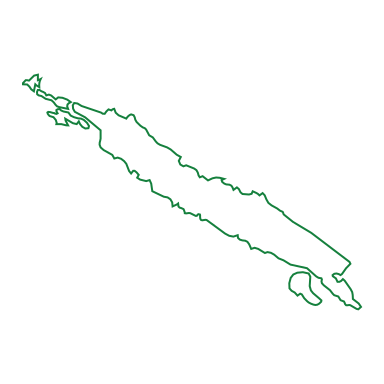 Isabel, orthographic projection
{"feature_id": "SLB-1264", "entity_name": "Isabel", "entity_type": "Province", "adm_level": 1, "iso_a3": "SLB", "parent_name": "Solomon Islands", "parent_adm1": "", "projection": "orthographic", "projection_center": [158.985, -7.976], "detail": "fine", "context": "isolated", "style": "outline", "palette": "green", "viewbox_px": 384, "rotation_deg": 0, "n_neighbors": 0, "source": "natural_earth", "source_scale": "10m", "svg_char_len": 3915}
<svg xmlns="http://www.w3.org/2000/svg" viewBox="0 0 384 384"><path d="M352.9,299.0L358.7,303.5L361.0,306.9L358.3,309.3L356.6,308.9L350.3,305.2L349.3,305.0L347.0,305.3L346.1,305.2L345.1,304.1L344.6,302.7L344.0,301.5L340.6,300.2L338.3,296.5L334.2,295.2L332.8,293.8L330.0,290.2L323.8,285.3L321.9,283.2L321.5,281.3L321.9,279.5L321.4,278.3L318.5,277.8L316.2,276.4L307.0,268.2L290.5,264.6L283.5,260.3L278.5,258.3L274.1,254.6L270.9,252.8L267.5,252.1L264.9,253.0L258.2,248.9L254.6,247.8L251.2,248.9L249.2,244.3L247.4,241.8L245.2,240.7L242.4,240.4L239.8,239.6L238.0,237.9L237.7,235.2L233.4,236.6L229.2,235.8L225.1,233.6L206.6,220.0L205.4,219.8L202.3,220.3L201.1,220.0L200.3,218.8L200.1,217.0L200.1,215.3L199.9,214.5L198.3,214.2L197.5,214.9L196.8,215.8L195.7,215.9L190.3,213.2L189.0,213.0L186.1,213.4L184.8,213.2L184.8,212.6L183.9,209.9L183.5,209.1L181.3,208.1L179.6,207.6L178.5,206.5L178.1,203.5L176.8,204.5L172.6,206.4L172.2,202.4L170.4,199.3L167.6,197.4L163.8,196.7L152.3,191.2L151.2,183.6L149.6,180.1L146.2,181.1L140.1,179.6L137.2,177.7L138.7,174.9L136.6,172.4L134.6,170.8L133.2,170.8L131.1,173.5L129.1,171.0L126.3,163.8L124.1,161.1L121.1,158.8L117.7,157.6L114.3,158.5L112.3,154.9L103.7,150.1L100.6,147.4L99.6,144.7L99.7,142.6L100.2,140.7L100.6,138.6L100.6,130.3L85.1,117.3L74.8,111.8L73.1,108.7L72.8,105.3L74.2,103.0L77.5,103.5L81.6,106.0L101.1,112.6L102.7,113.7L104.7,113.8L106.4,111.4L108.5,109.4L111.4,110.4L112.1,109.7L112.7,109.3L113.3,109.0L114.2,108.8L115.7,112.7L118.6,115.3L126.3,118.6L127.1,117.4L128.4,116.0L129.9,114.9L131.1,114.4L133.6,115.2L134.7,117.3L135.3,119.7L136.6,122.0L140.4,125.7L142.8,127.4L144.8,128.2L146.1,129.5L149.2,135.3L152.8,137.4L155.8,141.5L157.5,143.3L160.0,144.8L167.1,147.4L170.7,149.5L176.7,154.7L180.8,157.0L178.8,160.9L180.3,164.5L183.4,166.3L186.2,165.3L194.1,168.5L196.4,170.1L197.8,172.6L198.6,175.5L199.8,177.3L202.6,176.2L208.0,180.4L212.5,178.3L216.1,177.5L219.8,177.8L224.1,178.9L221.6,180.1L222.2,181.9L224.3,183.6L226.2,184.4L229.5,184.7L231.4,185.7L232.5,187.4L233.5,189.9L236.9,187.4L238.9,189.1L240.5,192.3L242.5,194.0L249.0,194.5L251.6,193.8L252.7,191.3L256.4,193.0L257.9,193.9L259.5,195.4L262.6,193.1L264.7,195.3L266.4,199.4L268.4,202.9L271.6,205.4L277.2,208.5L279.8,210.5L280.3,210.8L282.6,211.8L283.0,212.4L283.5,214.0L283.8,214.5L293.0,221.9L311.3,232.9L349.5,261.9L350.4,263.8L346.1,268.2L342.0,274.0L340.5,275.1L338.8,274.1L336.5,273.5L334.3,273.8L332.6,275.1L332.8,276.2L335.9,278.4L337.5,281.8L339.4,281.8L341.2,280.9L342.9,279.1L344.7,280.7L350.6,289.1L352.2,292.1L352.7,294.9L352.9,299.0ZM319.1,298.3L321.4,300.4L321.2,301.7L319.1,303.7L317.3,304.7L315.4,305.0L313.4,304.6L311.0,303.7L308.7,302.5L307.1,301.2L304.2,298.2L301.8,294.4L300.2,293.7L297.5,295.6L294.7,292.5L291.6,290.8L289.5,288.4L289.3,283.2L290.7,277.9L293.3,274.5L297.3,272.7L302.9,272.2L308.7,273.5L310.3,276.7L309.7,286.1L310.9,290.4L313.1,293.2L319.1,298.3ZM81.0,118.6L83.8,119.9L87.0,122.8L89.0,126.0L88.4,128.2L85.3,128.5L82.3,126.8L80.0,124.0L78.8,121.4L76.7,124.1L72.9,123.2L65.3,118.7L65.6,120.6L68.1,125.4L66.1,125.3L61.2,124.1L56.4,124.1L56.7,122.9L55.8,120.0L53.5,117.2L49.6,116.0L48.9,115.3L47.8,113.9L47.4,112.5L48.2,111.9L50.1,112.1L53.3,113.0L54.4,113.1L54.8,113.5L56.4,113.9L57.6,113.3L56.4,111.2L56.4,110.0L57.7,109.2L59.7,109.1L61.2,110.5L63.5,111.5L68.4,112.5L70.7,115.6L74.0,117.2L77.9,118.3L81.0,118.6ZM57.0,106.3L55.4,104.6L53.7,102.3L51.5,100.3L45.6,98.8L41.4,96.0L38.7,95.4L37.2,94.3L37.0,92.0L37.8,90.0L39.4,89.9L41.3,91.2L43.3,92.0L45.1,93.1L46.3,95.4L48.9,94.6L51.2,95.5L55.7,99.4L58.2,97.4L62.5,97.8L67.2,99.6L70.8,102.1L68.8,103.2L67.5,104.5L67.2,106.4L68.1,108.9L59.2,107.1L57.0,106.3ZM40.7,79.0L39.9,80.8L39.4,82.8L39.2,84.9L39.3,87.1L36.3,85.3L35.3,84.3L33.9,91.3L31.2,89.3L29.4,86.6L27.2,84.5L23.0,84.3L23.0,83.1L25.7,80.2L27.1,80.2L29.0,80.6L34.1,75.6L37.9,74.7L37.9,80.2L38.7,79.9L40.0,79.4L40.7,79.0Z" fill="none" stroke="#15803d" stroke-width="2"/></svg>